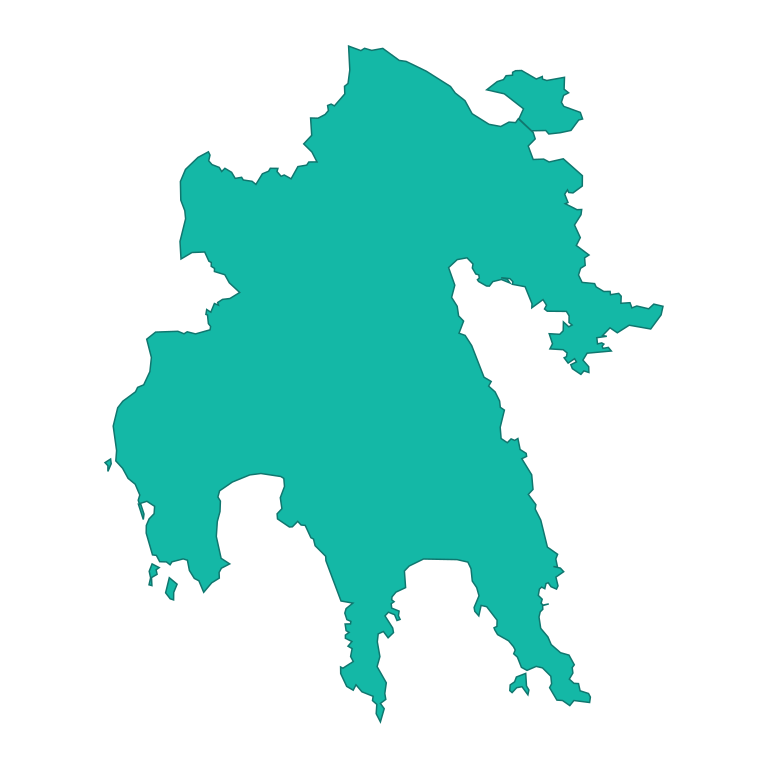 Peloponnisoy, Peloponnisos, Greece (Equal Earth projection)
{"feature_id": "26713481B43531359458460", "entity_name": "Peloponnisoy", "entity_type": "district", "adm_level": 2, "iso_a3": "GRC", "parent_name": "Greece", "parent_adm1": "Peloponnisos", "projection": "equal_earth", "projection_center": [22.613, 37.264], "detail": "fine", "context": "isolated", "style": "filled", "palette": "teal", "viewbox_px": 768, "rotation_deg": 0, "n_neighbors": 0, "source": "geoboundaries", "source_scale": "gbopen_adm2", "svg_char_len": 6106}
<svg xmlns="http://www.w3.org/2000/svg" viewBox="0 0 768 768"><path d="M146.7,339.2L151.4,357.5L149.9,371.6L143.7,384.8L137.6,387.4L135.5,391.8L122.8,401.2L117.7,407.8L113.2,426.1L116.6,450.6L115.8,460.9L122.6,468.3L128.1,478.4L135.2,484.2L139.8,495.0L138.2,500.2L139.3,503.7L146.9,501.3L154.6,506.3L154.1,513.7L149.1,518.9L146.3,525.5L146.2,533.1L152.5,554.9L156.4,555.4L159.7,561.7L166.4,561.9L170.1,564.8L172.0,561.8L183.2,558.9L187.4,560.2L189.4,570.5L194.3,578.4L198.9,580.8L203.7,592.3L211.7,582.8L219.3,578.1L219.1,572.4L221.4,568.2L229.7,563.9L221.1,558.3L216.3,536.5L217.3,521.6L220.0,511.5L220.4,501.1L217.9,497.0L219.6,490.8L232.4,482.0L249.8,474.9L260.9,473.5L280.8,476.5L283.8,478.4L284.5,486.5L280.3,497.7L281.9,508.7L277.1,513.8L277.5,518.9L289.4,527.0L292.4,526.8L297.7,521.4L301.1,525.0L305.2,525.4L310.9,537.7L313.5,539.0L315.1,545.7L325.7,556.3L325.9,560.7L341.0,601.0L352.9,603.1L346.1,608.6L344.8,613.1L346.9,619.6L350.9,621.4L350.5,623.9L345.1,624.0L346.1,630.6L349.1,632.4L345.4,635.1L345.4,638.3L351.9,641.5L348.0,646.2L352.1,648.6L350.6,656.5L353.3,661.5L342.9,668.2L340.6,667.0L340.7,673.6L346.7,686.4L353.2,690.2L356.0,684.8L361.9,691.8L373.1,696.3L372.5,700.6L376.8,704.4L376.2,713.7L380.4,721.9L384.2,708.7L380.4,703.4L385.8,699.4L384.8,693.5L386.3,682.8L377.1,666.6L379.9,656.6L377.3,641.8L378.2,633.9L383.4,631.5L388.1,637.8L393.5,632.6L392.7,628.0L385.0,615.9L388.4,612.2L394.6,614.7L397.0,620.5L400.1,619.4L398.4,615.7L399.1,611.1L391.7,608.1L391.2,603.7L394.1,601.7L391.7,599.8L392.0,596.9L396.0,592.1L405.6,587.6L404.4,571.0L409.2,566.0L423.5,559.0L457.1,559.6L467.9,562.1L471.0,568.7L472.3,581.1L476.7,587.6L479.0,595.8L474.1,607.5L474.8,611.3L478.8,615.9L481.1,605.4L486.7,606.7L497.1,620.2L496.9,626.4L494.0,627.8L494.9,630.1L497.6,634.6L508.6,640.8L513.5,646.7L515.2,650.0L513.7,653.8L517.4,657.1L521.4,667.3L527.0,670.4L536.2,666.4L542.5,667.9L550.8,676.2L551.6,683.8L549.6,687.7L556.9,700.1L562.5,700.5L569.8,705.6L573.9,700.5L589.6,702.5L590.4,697.1L588.5,693.5L580.1,690.8L578.5,683.6L573.9,683.3L569.3,679.1L572.9,673.0L572.2,667.6L574.3,664.8L569.0,655.1L560.5,652.7L551.2,644.6L547.9,636.9L540.7,628.3L539.0,617.0L540.2,611.9L542.8,609.3L542.6,605.6L548.8,603.9L543.0,605.1L541.1,603.2L542.2,599.2L538.3,595.4L539.4,589.1L541.6,587.1L544.8,588.7L546.0,583.6L548.2,582.7L551.0,586.7L556.5,589.1L558.0,585.9L555.9,577.1L563.7,571.7L560.4,568.1L553.4,566.5L557.5,567.1L555.8,558.9L557.6,554.3L547.4,547.1L540.8,520.2L535.2,509.1L535.9,504.7L528.3,494.4L533.0,489.4L531.7,474.8L521.8,458.7L526.6,456.4L526.2,453.4L520.1,449.5L517.9,438.5L514.7,440.4L511.1,438.9L507.3,442.7L501.1,438.5L500.2,427.3L504.4,410.1L500.3,407.3L499.6,401.0L495.1,391.9L488.6,386.1L491.2,381.5L484.0,377.2L471.7,345.6L465.1,335.4L459.0,333.2L463.6,321.1L458.6,315.9L457.2,306.3L451.6,297.4L454.8,285.2L448.6,267.6L457.2,259.6L467.0,257.8L473.0,264.0L472.3,268.0L475.8,274.0L478.8,274.9L479.3,278.1L477.4,279.7L478.6,281.5L486.5,286.0L489.4,286.1L492.8,281.6L501.3,279.5L510.0,283.0L507.3,279.2L501.2,277.7L509.9,278.6L512.9,281.7L512.4,284.3L525.1,286.7L532.0,303.7L531.8,307.8L543.0,299.6L546.5,305.2L544.5,309.0L547.3,311.2L566.4,311.4L569.1,315.8L569.0,322.5L572.1,325.0L568.8,326.8L563.4,321.9L563.2,330.8L559.7,334.3L549.2,333.7L552.5,343.8L549.9,348.9L563.2,349.7L567.1,352.9L566.5,356.6L564.1,357.8L568.1,363.1L574.6,358.7L576.4,361.9L570.8,364.7L572.4,368.7L580.9,374.4L583.9,370.9L588.9,372.5L588.7,366.7L582.9,360.1L587.1,353.2L611.3,351.0L608.3,347.4L603.0,348.4L602.1,346.2L603.9,344.1L601.7,342.9L597.5,343.9L596.8,337.7L606.8,336.3L602.6,335.5L610.0,327.8L617.3,332.8L629.2,325.2L650.7,329.0L661.1,314.9L663.0,306.3L653.8,304.1L648.7,308.8L636.8,306.0L631.9,307.9L630.0,302.7L620.9,303.3L621.2,296.2L618.7,293.4L610.5,294.7L610.1,291.4L603.8,291.5L596.1,286.9L594.6,283.6L582.1,282.4L578.5,275.0L580.6,268.3L585.2,265.4L584.6,257.8L589.0,255.0L576.3,245.5L580.3,237.6L574.5,225.0L581.0,214.7L581.7,209.5L577.0,209.7L565.2,203.7L568.0,202.5L564.7,194.2L567.5,189.9L568.7,192.5L573.0,192.9L582.3,186.0L582.4,175.7L563.3,158.8L549.1,162.0L543.7,159.1L533.2,159.5L528.2,146.0L535.2,138.9L533.2,132.6L518.3,118.8L515.6,122.6L509.0,122.1L500.8,126.5L489.0,124.3L472.1,113.7L465.0,100.7L455.2,93.0L450.5,86.5L426.3,71.2L406.1,61.4L399.2,60.4L382.8,48.4L371.7,50.4L364.6,48.3L360.9,50.6L348.6,46.1L349.8,70.0L348.0,83.5L344.5,86.3L344.8,93.9L334.4,105.9L331.1,104.1L327.6,105.5L328.4,110.6L325.1,114.5L318.0,118.2L310.6,118.0L311.7,135.3L303.7,143.9L311.9,152.0L317.0,161.9L308.8,162.0L306.7,165.1L297.9,166.6L291.1,178.8L284.2,175.0L281.1,176.3L277.0,171.5L277.9,168.4L270.3,168.3L268.6,171.2L262.4,173.8L255.9,184.4L252.1,181.3L243.3,180.0L241.6,177.3L235.2,178.4L231.6,172.3L224.9,168.3L221.7,171.5L219.2,167.4L212.0,164.6L208.7,160.8L210.0,155.1L208.4,151.8L198.0,157.4L185.5,169.4L180.4,181.5L180.8,200.2L184.8,210.7L185.6,218.8L180.0,241.4L181.0,259.0L192.0,252.5L204.7,252.0L208.9,261.2L211.3,262.5L211.2,266.3L214.5,268.4L214.4,271.5L224.8,274.7L229.3,282.8L239.7,292.5L229.9,298.5L222.5,299.4L217.7,302.5L218.5,305.2L214.4,303.5L210.8,312.2L206.7,309.5L205.9,314.4L207.5,315.0L208.4,323.6L210.6,326.4L210.1,329.8L195.5,333.9L187.2,331.8L184.0,333.8L177.9,331.3L155.6,332.1L146.7,339.2ZM564.5,77.3L546.8,80.5L542.5,79.1L542.3,76.5L536.3,79.0L521.6,70.5L515.6,70.7L512.6,72.3L512.5,75.2L506.1,75.7L503.5,79.6L497.2,81.6L486.7,89.8L504.3,93.8L523.5,108.8L519.0,118.8L531.6,130.8L545.8,130.5L548.8,134.0L560.3,132.7L571.0,130.4L578.7,120.0L582.6,119.0L580.3,112.4L563.8,106.4L561.4,102.3L563.6,95.4L568.6,92.8L564.1,89.2L564.5,77.3ZM526.5,686.0L525.7,673.4L516.4,677.0L514.6,681.8L510.2,684.9L509.8,690.6L512.1,692.6L516.7,687.7L522.0,686.7L527.9,694.8L528.9,690.0L526.5,686.0ZM173.6,599.9L173.7,592.4L177.1,584.2L169.3,577.7L165.6,592.8L170.2,598.8L173.6,599.9ZM159.2,567.6L152.1,563.9L149.2,571.3L150.6,577.8L149.0,584.8L151.9,585.6L151.5,577.6L157.1,574.3L156.1,569.8L159.2,567.6ZM111.2,463.8L110.6,459.0L105.0,462.6L107.9,465.7L107.9,471.4L111.2,463.8ZM143.3,519.5L144.0,514.1L140.8,504.3L138.4,504.2L143.3,519.5Z" fill="#14b8a6" stroke="#0f766e" stroke-width="1.5"/></svg>